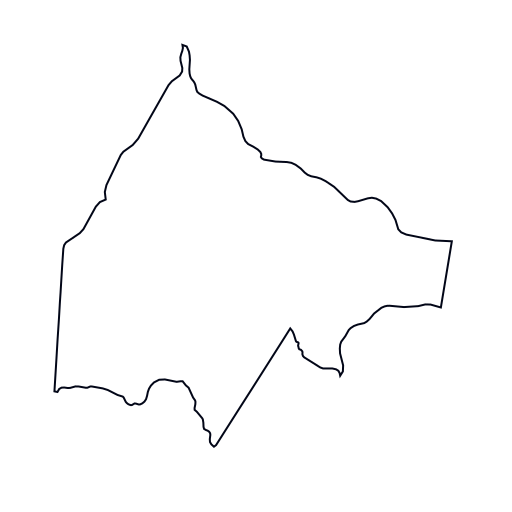 SVG path tracing the border of Gash Barka, rotated 10°
{"feature_id": "ERI-1560", "entity_name": "Gash Barka", "entity_type": "Region", "adm_level": 1, "iso_a3": "ERI", "parent_name": "Eritrea", "parent_adm1": "", "projection": "orthographic", "projection_center": [37.465, 15.27], "detail": "fine", "context": "isolated", "style": "outline", "palette": "ink", "viewbox_px": 512, "rotation_deg": 10, "n_neighbors": 0, "source": "natural_earth", "source_scale": "10m", "svg_char_len": 2687}
<svg xmlns="http://www.w3.org/2000/svg" viewBox="0 0 512 512"><g transform="rotate(10 256 256)"><path d="M81.0,424.3L77.5,393.5L75.1,372.8L72.8,351.7L70.9,335.5L69.9,326.2L66.7,298.2L65.0,282.3L65.2,278.6L66.5,275.7L78.5,264.1L81.4,259.5L89.7,235.2L92.9,230.0L98.2,226.5L96.0,219.2L96.4,212.1L105.3,180.0L107.3,176.3L115.3,168.1L119.6,160.9L127.4,138.9L134.8,118.1L140.2,102.9L142.8,98.5L149.5,91.5L151.2,87.2L150.8,83.7L147.8,76.9L147.0,73.4L147.3,69.8L147.8,66.8L147.9,63.8L146.9,60.9L151.4,61.7L154.5,66.4L155.8,70.0L156.9,74.4L157.9,83.7L158.9,87.8L160.0,90.4L161.1,92.1L162.3,93.3L163.7,94.4L165.1,95.8L166.4,97.7L168.6,102.9L169.7,104.6L171.9,105.9L175.6,107.3L190.7,110.9L198.9,113.8L208.9,119.9L215.0,126.1L219.9,133.7L222.9,140.7L225.6,144.7L228.8,147.1L234.3,148.8L239.2,150.8L242.2,152.8L243.4,154.5L243.7,156.0L243.6,157.6L244.7,158.8L247.1,159.7L258.8,159.6L270.2,158.1L274.7,158.1L279.2,159.3L284.9,162.1L289.5,165.4L292.8,167.1L296.5,167.9L302.1,168.0L306.4,168.6L311.6,170.2L320.9,174.3L336.7,184.9L339.6,185.9L343.7,185.6L347.1,184.3L356.1,179.8L360.0,178.5L364.4,178.6L369.7,180.2L377.3,185.2L382.7,190.5L387.1,196.3L391.5,205.0L394.9,207.5L400.3,208.8L429.8,209.6L446.3,207.5L447.0,274.6L436.3,273.5L431.1,274.3L424.5,277.2L410.6,280.6L396.2,281.8L393.8,282.3L391.4,283.3L388.5,285.2L382.3,292.1L378.8,298.3L376.4,301.4L374.2,303.3L368.2,305.8L364.6,307.9L361.7,310.6L360.2,312.8L357.9,319.4L354.8,325.6L354.3,328.6L354.6,332.5L355.7,337.3L360.8,348.6L361.6,354.6L359.7,359.3L358.7,356.8L357.0,354.7L354.5,353.7L350.7,353.5L341.5,355.1L338.6,354.6L321.0,347.4L319.6,346.3L318.7,344.6L318.6,343.2L318.2,341.9L316.6,340.6L314.8,340.3L314.1,339.5L313.7,338.4L313.1,337.2L313.0,336.7L313.1,334.9L313.0,334.2L312.4,333.7L310.8,333.5L310.1,332.9L307.0,326.8L305.1,323.9L302.3,321.4L295.7,337.5L285.2,362.9L274.8,388.1L264.6,412.6L255.3,435.1L249.5,449.2L247.7,451.1L244.7,449.2L243.0,447.2L242.3,444.4L242.1,440.1L241.6,438.5L240.4,437.2L238.7,436.4L237.0,436.1L234.9,435.3L234.0,433.4L233.1,429.3L232.0,426.1L231.2,425.1L224.7,419.6L222.3,418.2L221.9,416.4L222.0,412.6L221.7,410.1L221.1,408.8L218.6,406.3L212.5,397.4L209.4,395.6L205.5,392.1L203.3,392.5L199.7,393.7L187.7,393.4L182.1,394.7L177.5,398.2L175.0,401.9L173.7,405.2L173.1,408.6L173.0,412.6L172.6,416.1L171.4,418.8L169.6,420.9L167.6,422.3L166.3,422.6L163.4,422.2L162.0,422.3L159.7,424.3L158.7,424.6L157.1,424.4L155.7,424.0L154.4,423.3L153.1,422.3L150.2,418.3L149.2,417.6L143.8,416.9L133.3,413.7L128.0,413.0L117.0,413.0L115.4,413.3L112.8,415.0L111.4,415.3L104.1,415.3L100.8,415.8L95.8,418.2L93.5,418.7L90.1,418.8L87.4,419.4L85.3,421.1L84.1,424.4L81.0,424.3Z" fill="none" stroke="#020617" stroke-width="2"/></g></svg>